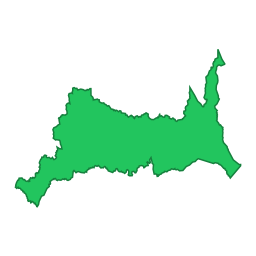 outline of Marabá, Pará, Brazil
{"feature_id": "56859067B94284230308872", "entity_name": "Marabá", "entity_type": "district", "adm_level": 2, "iso_a3": "BRA", "parent_name": "Brazil", "parent_adm1": "Pará", "projection": "equal_earth", "projection_center": [-50.041, -5.525], "detail": "fine", "context": "isolated", "style": "filled", "palette": "green", "viewbox_px": 256, "rotation_deg": 0, "n_neighbors": 0, "source": "geoboundaries", "source_scale": "gbopen_adm2", "svg_char_len": 5841}
<svg xmlns="http://www.w3.org/2000/svg" viewBox="0 0 256 256"><path d="M224.8,63.9L221.9,59.2L217.9,49.3L217.9,57.7L215.1,59.1L214.5,61.5L213.8,61.7L213.0,63.8L213.4,65.8L213.1,66.7L212.4,67.8L211.3,67.2L211.1,67.5L211.0,69.7L209.4,71.0L208.1,74.9L205.9,77.1L206.6,83.0L205.5,84.8L205.8,86.1L205.1,88.7L205.5,89.7L205.2,90.9L205.5,93.1L204.0,97.6L205.4,99.6L206.8,99.3L207.1,99.9L205.8,103.5L204.2,104.5L203.6,106.7L202.5,106.6L200.6,103.8L197.7,101.3L194.6,95.3L189.9,87.4L189.9,91.1L189.3,92.6L189.9,95.5L189.7,96.8L190.0,98.3L188.6,99.7L188.8,100.0L187.4,101.0L188.0,103.9L187.7,105.0L185.7,106.7L185.3,108.0L185.7,109.6L185.4,110.8L183.9,111.2L183.8,113.5L185.5,115.9L184.0,117.3L183.4,118.4L182.6,118.6L182.4,119.4L177.9,120.1L176.8,121.4L175.4,120.7L175.1,119.5L174.0,119.3L173.8,118.6L172.9,118.0L171.4,119.1L169.3,118.1L169.5,117.0L166.8,115.3L165.2,115.4L164.6,117.1L164.1,117.3L162.6,116.8L161.5,115.8L160.7,116.2L160.0,115.6L159.7,114.4L159.1,115.2L159.2,116.0L158.5,117.5L157.9,117.0L157.3,117.9L156.3,117.9L153.7,119.6L151.4,119.5L149.3,118.2L148.1,116.1L148.2,114.1L146.2,112.9L145.6,113.1L145.5,113.7L144.1,113.9L143.5,114.8L141.7,115.1L141.3,115.6L141.0,116.9L139.2,116.6L138.6,117.2L137.2,115.8L135.3,116.6L134.5,118.5L133.8,118.0L133.5,116.9L132.2,116.5L132.1,115.8L131.2,115.3L128.5,117.1L127.8,116.6L127.0,115.0L125.7,115.1L125.5,113.5L121.4,112.9L120.9,111.1L119.8,110.7L118.6,111.7L116.7,110.3L115.7,110.3L115.3,110.9L114.2,109.9L113.6,110.4L112.9,109.2L111.3,109.2L108.8,105.7L107.4,106.1L105.9,104.6L104.4,104.0L103.8,102.9L101.8,103.1L99.3,101.8L99.2,99.8L98.3,99.8L97.4,99.1L94.4,99.8L93.8,99.3L93.3,99.8L92.9,97.4L91.0,95.4L90.9,88.6L90.0,88.6L88.4,90.0L87.2,89.5L86.6,90.4L85.9,90.2L85.1,90.7L83.1,89.6L80.8,89.1L77.8,90.0L76.8,88.3L75.6,88.5L74.1,87.6L72.7,88.2L72.8,90.3L72.2,92.2L72.4,93.4L71.5,93.0L69.1,93.6L68.5,95.3L69.3,98.4L69.2,100.3L69.9,103.7L68.3,103.0L66.7,104.1L66.0,105.6L66.5,106.8L66.2,109.5L66.9,110.7L67.2,113.7L65.3,115.1L62.2,114.8L62.1,115.5L60.7,116.3L60.5,117.3L58.8,117.9L58.6,118.7L59.4,119.3L59.1,120.2L59.8,124.2L58.3,124.8L56.3,126.7L53.8,127.8L52.9,129.7L53.8,132.5L53.3,134.3L53.8,135.1L53.7,136.9L53.2,138.1L55.6,140.0L56.6,139.7L59.5,140.2L60.1,141.3L60.6,144.6L61.3,145.7L61.9,149.0L59.6,148.7L57.1,147.1L57.7,149.4L57.3,150.8L56.7,150.9L56.7,152.0L55.9,152.5L56.3,154.0L55.2,155.8L56.5,157.1L55.9,158.4L54.3,159.5L53.8,159.6L52.4,157.4L51.5,158.5L50.6,158.6L49.2,157.4L47.4,157.7L46.5,157.4L46.2,156.7L46.5,155.7L45.6,155.2L44.5,155.2L43.9,156.0L43.7,157.2L41.9,157.1L41.5,158.7L40.7,159.4L39.4,162.4L39.4,163.2L40.3,164.9L39.2,167.1L40.0,167.4L39.7,169.5L38.8,171.2L38.6,172.7L37.7,172.7L37.1,173.4L36.3,172.8L35.4,173.8L35.5,176.7L34.2,178.1L33.1,177.4L32.7,177.4L32.5,178.2L30.5,177.8L30.1,178.9L29.2,179.5L29.7,181.2L28.8,181.6L28.0,180.8L27.0,181.4L25.5,180.9L24.6,179.6L23.4,179.7L22.0,178.0L19.1,178.2L18.6,180.2L17.8,180.2L16.6,182.5L15.7,185.3L16.0,186.3L15.4,187.1L16.8,188.4L18.1,187.2L18.7,188.3L19.9,188.2L20.7,188.8L21.1,189.8L22.8,190.6L22.9,191.7L23.9,191.8L24.2,192.9L25.5,193.6L26.2,194.8L26.6,196.4L27.1,196.8L27.3,198.5L28.1,199.6L27.8,200.3L28.3,201.3L30.4,201.0L30.7,202.8L31.6,202.5L32.0,201.4L32.4,201.5L33.8,202.5L34.3,203.6L35.2,203.3L35.6,204.7L36.8,205.4L36.7,206.5L37.2,206.7L38.5,204.6L39.1,201.4L41.5,196.2L43.9,195.2L47.0,188.4L49.3,186.5L48.9,184.4L50.3,184.1L50.5,183.4L50.0,181.6L53.6,178.8L54.0,179.4L54.6,178.6L55.5,178.5L56.3,180.0L57.5,180.5L58.2,179.8L60.4,180.2L61.5,180.0L62.5,179.0L63.6,179.3L64.3,178.8L64.7,179.5L65.9,178.7L67.1,180.2L68.0,180.4L70.3,179.4L71.1,178.0L72.5,177.3L73.2,171.4L74.0,170.5L76.0,172.7L77.3,171.8L78.7,171.6L81.0,172.5L84.4,172.9L85.7,171.6L86.6,172.1L86.7,171.0L87.6,169.7L88.5,169.5L88.9,168.4L89.8,168.8L90.3,167.8L91.9,168.0L92.5,167.2L94.0,167.7L94.3,166.7L95.2,165.6L97.1,166.3L98.4,165.5L101.0,168.0L102.2,167.6L103.2,167.9L104.5,166.5L105.3,166.7L106.0,168.2L106.9,168.3L107.1,169.3L107.9,169.9L108.3,170.9L112.7,172.5L114.2,170.7L114.8,171.1L115.4,170.8L116.1,168.7L116.6,168.6L117.1,168.6L118.3,170.9L119.3,171.7L121.0,171.8L121.3,171.3L122.4,172.4L123.1,172.2L124.7,173.4L126.2,172.1L126.6,170.1L127.6,169.7L128.8,171.2L128.6,174.1L128.2,174.8L128.6,175.3L129.6,175.8L132.1,175.7L132.5,174.7L131.6,173.2L132.2,171.6L133.8,171.4L135.1,172.9L136.0,172.6L136.3,171.3L137.0,170.8L136.9,169.3L137.5,167.9L138.9,167.3L139.2,166.0L141.5,165.5L142.6,165.8L143.7,166.5L143.8,167.7L144.2,167.7L146.2,165.8L148.2,165.5L147.7,163.3L147.0,162.4L147.4,161.9L149.6,163.3L150.0,162.9L150.3,162.3L149.7,159.7L151.0,157.6L152.0,161.7L152.1,163.2L153.5,164.6L153.1,169.2L154.2,174.1L155.9,173.9L157.0,175.2L157.2,176.4L158.1,176.3L158.2,174.8L159.0,175.3L160.1,174.3L161.3,174.0L162.2,172.9L164.0,172.4L164.5,171.4L166.9,171.8L168.3,170.5L170.5,170.0L171.4,168.8L173.6,169.4L174.8,168.6L175.0,169.4L176.2,169.8L177.7,169.4L179.5,170.8L182.9,170.5L186.3,166.5L189.6,165.0L192.6,162.1L195.2,161.5L196.8,159.7L198.3,158.7L213.6,163.5L215.0,162.7L218.1,163.3L219.3,164.6L220.0,164.5L221.4,165.6L223.8,168.4L224.9,168.5L225.1,169.6L226.8,171.1L226.7,172.4L227.1,174.0L228.0,174.5L228.4,175.8L229.3,176.0L230.3,178.0L240.6,165.8L240.6,164.5L239.2,164.6L233.3,159.9L228.2,150.3L228.2,149.6L227.2,147.8L227.1,146.6L223.5,142.6L222.6,139.5L223.0,137.4L222.5,136.7L222.9,132.2L222.6,131.1L223.0,129.2L222.5,128.6L222.9,127.4L221.7,126.7L220.5,124.9L219.9,125.2L219.2,124.7L218.8,123.4L216.6,120.6L217.1,119.8L216.9,119.1L217.2,117.8L216.8,117.2L217.3,116.3L216.9,115.4L217.4,114.9L216.8,113.7L217.2,113.0L216.5,112.5L216.7,111.1L217.2,110.5L215.1,108.3L214.7,106.1L216.9,104.0L219.3,99.0L218.4,98.1L218.3,95.8L216.1,89.5L216.4,85.4L217.6,82.7L217.9,80.6L217.4,76.0L215.6,73.1L215.9,70.7L216.4,69.8L216.7,66.8L218.2,65.2L219.5,65.0L221.0,65.8L224.6,64.3L224.8,63.9Z" fill="#22c55e" stroke="#15803d" stroke-width="1.5"/></svg>